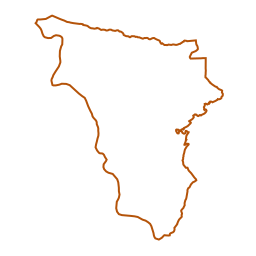 outline of Magura, Buzau, Romania, rotated 271°
{"feature_id": "2599482B29533090447185", "entity_name": "Magura", "entity_type": "district", "adm_level": 2, "iso_a3": "ROU", "parent_name": "Romania", "parent_adm1": "Buzau", "projection": "albers", "projection_center": [26.561, 45.264], "detail": "fine", "context": "isolated", "style": "outline", "palette": "amber", "viewbox_px": 256, "rotation_deg": 271, "n_neighbors": 0, "source": "geoboundaries", "source_scale": "gbopen_adm2", "svg_char_len": 5855}
<svg xmlns="http://www.w3.org/2000/svg" viewBox="0 0 256 256"><g transform="rotate(271 128 128)"><path d="M216.8,194.3L215.8,185.6L216.1,185.2L216.4,183.1L216.1,182.5L215.3,182.2L215.0,181.1L213.9,180.0L213.8,179.5L213.0,178.6L213.0,177.9L212.7,177.2L212.2,176.0L211.9,174.6L212.3,172.2L212.3,171.4L211.8,169.8L212.1,167.2L212.1,166.9L211.7,166.3L211.5,165.5L211.7,164.9L211.6,163.0L213.3,160.7L212.8,160.0L212.9,159.7L213.4,159.5L214.0,158.8L214.8,158.6L215.1,158.5L215.7,158.1L216.1,157.5L216.9,155.4L217.7,153.7L218.4,152.7L218.4,151.6L218.2,151.1L218.2,150.8L217.1,148.7L217.1,148.1L217.3,147.3L218.2,146.2L218.4,145.7L218.4,144.7L218.2,143.8L218.3,143.2L218.2,142.7L217.7,141.8L217.6,141.0L218.9,137.5L218.8,136.4L219.4,135.3L219.2,134.0L219.4,133.6L219.8,133.1L219.9,130.3L219.7,129.7L218.9,128.8L218.8,128.5L218.8,128.2L218.9,127.9L219.4,127.3L219.7,126.5L219.8,124.6L220.9,122.1L221.2,121.9L221.9,121.8L222.4,121.6L223.2,120.8L224.0,119.6L224.3,118.9L224.3,117.8L225.4,116.6L225.5,115.6L225.3,114.6L224.9,113.7L224.9,113.3L225.3,110.7L225.8,109.8L226.0,109.3L226.0,107.5L225.5,106.7L225.3,106.0L225.1,105.2L225.2,104.3L225.6,103.7L225.9,102.1L225.9,101.0L225.6,99.6L225.7,99.2L227.0,97.1L227.4,95.6L227.2,95.1L227.4,95.0L226.8,93.5L226.7,92.6L227.0,91.0L227.1,89.4L227.6,88.2L228.3,87.0L229.2,86.0L229.5,85.3L230.0,83.1L230.0,82.3L230.2,82.0L230.3,81.3L230.9,81.1L231.0,81.0L231.3,78.9L231.2,78.0L231.3,76.9L231.9,71.5L232.4,68.5L232.7,67.6L233.0,65.2L234.3,62.4L235.0,60.3L236.0,57.6L239.0,50.3L238.9,49.8L235.6,43.9L235.0,38.6L234.9,35.8L234.3,35.3L232.3,34.7L231.2,33.8L227.4,37.6L225.8,38.9L224.0,39.8L220.9,40.8L218.3,42.1L217.3,43.3L216.5,46.5L216.7,49.6L218.7,52.2L219.5,54.4L219.1,57.5L218.6,58.9L217.6,60.2L216.5,60.8L215.3,60.9L210.4,60.8L208.5,59.8L203.9,58.6L198.4,58.5L193.8,59.2L192.3,59.2L188.3,57.8L183.1,54.5L179.5,52.4L177.6,51.8L175.5,50.8L174.0,50.6L169.7,51.7L169.3,52.6L169.3,54.9L170.1,58.5L171.1,61.0L171.0,65.5L169.8,69.0L161.6,78.3L159.1,81.6L157.4,84.2L154.5,85.7L149.1,87.8L144.4,90.1L141.7,91.6L138.9,92.4L137.4,93.5L135.1,95.7L134.1,96.3L133.2,96.6L131.3,96.7L128.3,98.0L126.9,98.3L124.7,98.3L122.2,98.6L119.7,98.5L116.9,97.7L114.0,97.1L111.2,96.4L108.1,95.9L105.0,97.5L102.7,99.4L102.2,100.4L102.1,102.6L101.9,103.2L100.8,104.4L98.7,105.4L97.2,106.4L96.0,107.2L94.6,106.6L91.3,104.3L88.5,104.1L86.4,104.9L84.2,106.9L82.9,109.3L81.8,113.5L76.6,118.1L73.5,119.2L68.1,119.9L64.6,120.0L61.3,120.7L58.2,120.1L56.5,119.4L54.1,118.1L47.6,117.6L44.2,118.5L41.7,120.4L40.8,123.4L40.2,131.9L39.8,136.1L39.2,139.3L36.6,144.2L35.7,147.2L34.1,149.8L32.5,151.8L30.2,153.1L23.5,155.3L20.9,155.8L19.4,156.4L18.1,157.3L17.2,160.3L17.0,160.8L18.8,163.7L21.1,165.8L21.4,166.2L21.5,166.7L21.3,167.6L21.2,170.5L21.4,171.6L22.6,171.7L23.1,171.9L23.6,172.6L24.6,174.9L25.4,175.7L26.1,176.0L27.2,176.3L28.0,176.3L28.9,176.1L32.7,178.9L33.4,178.9L33.8,179.2L35.1,179.6L37.0,180.5L37.7,181.0L39.7,182.9L40.2,183.3L42.0,183.1L43.1,183.5L43.6,183.5L45.7,182.7L46.2,182.6L46.7,182.8L47.6,183.5L49.2,184.9L50.4,185.3L51.6,186.0L53.7,185.9L54.4,186.0L56.8,186.6L58.0,187.3L59.2,187.6L65.7,188.6L66.9,188.5L68.0,188.9L69.0,189.4L69.6,190.4L69.9,190.6L72.0,191.6L72.9,192.1L74.7,193.7L75.1,194.2L75.4,195.1L75.7,195.6L76.9,197.2L77.9,196.9L78.7,196.1L79.8,195.1L83.9,192.0L86.2,189.7L87.1,189.1L89.3,188.2L89.4,187.7L89.2,187.0L89.2,186.8L89.3,186.5L92.1,184.2L92.8,183.9L94.9,183.7L96.6,183.1L96.7,183.3L97.5,183.6L98.8,183.7L99.4,183.6L100.5,184.0L101.3,184.0L101.6,183.9L104.4,184.7L105.2,184.8L107.5,185.3L110.6,187.1L112.5,188.9L112.9,188.9L113.1,188.8L113.1,188.7L112.7,188.2L113.2,188.1L113.3,188.0L113.1,187.1L113.2,186.2L112.1,185.2L112.2,184.7L112.6,184.7L113.4,185.1L115.3,185.8L116.8,186.1L117.0,186.5L117.3,186.6L117.4,186.2L117.6,186.1L121.1,186.5L122.6,187.3L124.6,188.7L124.8,188.7L124.8,188.2L125.8,186.9L126.1,186.3L126.1,185.8L125.7,185.6L124.8,185.6L123.9,185.4L123.6,185.1L123.3,184.4L123.3,184.0L123.9,182.8L124.3,182.4L125.1,182.1L125.6,181.5L125.8,180.6L126.0,180.1L126.1,179.4L125.7,179.2L125.3,179.1L123.7,178.8L123.5,178.7L123.4,178.1L123.6,177.5L124.6,176.8L125.9,176.4L125.9,176.2L126.6,176.1L127.1,176.2L127.3,176.5L127.3,176.9L127.1,177.4L127.3,177.8L127.3,178.0L126.5,179.5L126.6,180.7L126.8,181.1L127.3,181.4L127.9,182.6L127.4,183.1L127.4,183.3L128.1,183.9L128.6,183.7L128.9,183.8L129.9,185.8L130.2,186.4L130.5,186.8L130.8,187.5L133.6,190.3L134.0,190.6L134.6,190.7L135.2,189.9L135.5,189.3L135.7,189.1L135.9,189.0L137.8,191.9L138.5,192.6L139.3,193.2L140.1,193.6L141.1,193.1L141.5,193.0L142.8,194.8L142.7,195.2L142.4,195.5L142.4,195.8L142.5,196.2L141.6,197.0L141.3,197.4L141.4,197.8L141.2,198.1L141.3,198.4L142.2,199.5L142.3,199.8L141.8,200.7L141.9,200.9L142.3,201.2L143.8,204.2L145.1,205.5L146.5,206.2L146.9,206.2L147.7,205.7L147.9,205.4L147.7,204.8L147.8,204.5L147.5,204.2L147.4,204.1L148.1,203.7L148.6,203.9L149.4,203.8L150.2,203.5L151.6,204.3L152.1,204.4L153.3,204.3L153.3,204.5L153.3,204.8L153.7,205.1L153.7,205.3L153.5,205.7L153.4,206.1L153.0,206.6L152.9,207.0L153.2,207.4L153.8,207.9L153.9,208.0L153.6,208.6L153.8,208.8L154.3,209.0L154.6,209.3L155.1,208.9L155.4,209.3L155.9,209.7L155.8,210.9L155.5,211.7L155.2,212.0L156.7,215.2L157.7,216.6L157.7,216.9L157.8,217.0L158.5,217.3L158.3,217.9L158.3,218.6L158.6,219.6L159.2,220.5L159.5,220.8L160.8,221.0L161.9,222.1L162.7,222.2L163.8,222.2L165.2,221.3L166.9,221.5L167.4,221.0L168.1,219.2L168.2,218.7L168.6,218.1L169.7,216.7L170.7,216.0L170.7,215.3L171.1,214.4L173.0,211.5L174.7,209.3L175.0,209.4L176.0,208.2L177.3,207.4L179.9,204.9L180.0,204.6L181.5,204.5L183.1,204.7L185.1,204.7L186.7,204.8L188.9,204.6L199.2,204.5L199.2,204.1L199.2,201.8L199.0,200.6L198.5,189.4L198.9,189.0L200.1,188.5L201.1,188.9L204.4,190.5L206.1,194.4L207.5,196.1L208.2,196.5L210.3,196.2L211.8,195.6L212.3,195.1L213.1,194.8L216.8,194.3Z" fill="none" stroke="#b45309" stroke-width="2"/></g></svg>